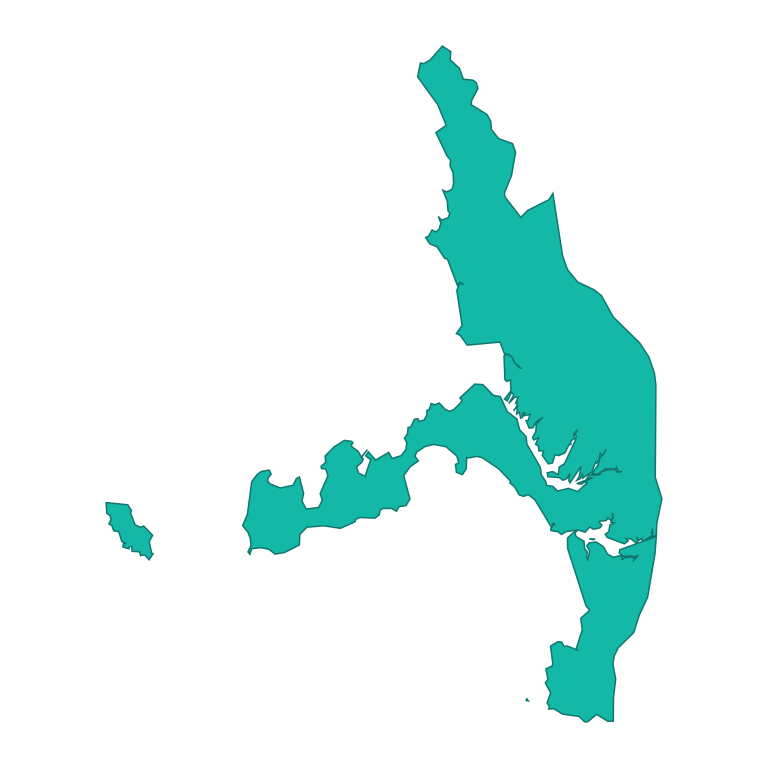 Hibiscus and Bays Local Board Area, Auckland, New Zealand, rotated 180°
{"feature_id": "76426892B59525679970548", "entity_name": "Hibiscus and Bays Local Board Area", "entity_type": "district", "adm_level": 2, "iso_a3": "NZL", "parent_name": "New Zealand", "parent_adm1": "Auckland", "projection": "equal_earth", "projection_center": [174.744, -36.648], "detail": "fine", "context": "isolated", "style": "filled", "palette": "teal", "viewbox_px": 768, "rotation_deg": 180, "n_neighbors": 0, "source": "geoboundaries", "source_scale": "gbopen_adm2", "svg_char_len": 6141}
<svg xmlns="http://www.w3.org/2000/svg" viewBox="0 0 768 768"><g transform="rotate(180 384 384)"><path d="M111.7,231.5L148.2,218.2L148.8,215.0L144.5,211.6L135.6,212.0L133.4,210.9L131.7,212.0L129.6,212.7L134.3,207.7L133.9,210.0L135.8,211.0L142.6,210.6L146.5,208.2L145.0,210.2L147.9,212.3L154.6,210.8L160.5,213.9L164.5,221.2L171.7,226.0L178.9,225.1L181.2,222.2L178.3,217.0L180.3,208.3L181.5,210.2L180.6,216.3L183.4,219.2L184.0,226.8L191.8,231.3L193.2,235.0L190.0,238.0L182.9,235.8L178.1,241.1L174.7,238.7L168.0,240.2L166.1,242.8L168.7,245.9L168.3,246.8L162.2,247.4L159.9,249.1L160.5,250.8L157.4,247.8L155.2,250.1L155.6,251.9L155.6,255.3L154.7,250.2L157.1,245.5L152.5,245.4L158.1,243.0L159.2,236.2L162.7,233.8L160.9,230.6L143.6,224.2L139.8,227.1L142.0,229.7L136.7,228.9L132.0,225.0L130.0,226.9L131.0,230.0L128.6,227.9L125.5,230.0L126.8,228.6L124.7,227.2L116.8,231.8L115.6,234.2L116.5,235.6L115.9,237.8L115.6,238.2L115.1,234.2L116.8,230.9L111.7,232.6L111.2,244.8L106.1,269.3L112.7,290.5L112.1,382.7L113.6,395.0L119.1,410.9L128.4,425.2L154.7,450.9L166.6,472.4L173.8,478.1L190.4,486.0L200.4,498.2L205.4,512.1L215.1,574.6L218.9,568.4L240.1,557.7L247.3,550.7L263.1,571.2L263.5,575.1L256.5,592.4L252.4,615.9L255.5,624.4L269.3,629.3L276.7,638.6L277.2,646.5L281.0,653.5L296.7,663.2L296.4,667.5L290.0,679.6L291.8,685.3L295.0,687.8L304.7,688.8L308.5,699.6L317.9,708.3L317.2,716.3L325.6,721.9L338.0,707.9L344.2,704.4L347.6,705.0L350.4,691.2L330.3,663.4L321.8,642.7L332.1,635.4L320.7,611.6L317.5,608.0L317.9,602.0L314.9,595.1L314.4,584.2L316.0,578.6L321.5,576.1L325.2,577.8L320.7,567.0L320.0,557.1L318.1,554.9L319.9,550.2L326.4,547.9L329.6,551.4L327.2,545.2L328.7,539.1L331.9,536.1L336.0,538.0L339.4,531.7L342.4,530.6L338.4,524.3L330.8,521.0L323.4,509.7L320.6,509.0L310.7,482.8L308.0,485.8L304.5,483.5L308.4,484.9L311.2,477.6L305.9,442.6L311.6,434.4L307.7,432.6L300.8,422.9L268.0,425.9L263.3,413.5L261.0,414.1L259.7,413.6L257.9,412.3L256.5,411.7L252.5,404.2L249.3,402.3L248.5,400.5L246.1,399.3L248.9,400.5L252.8,404.3L256.6,411.6L261.0,413.8L264.0,412.2L263.1,388.4L261.3,386.7L257.6,387.9L257.0,377.3L263.5,368.9L260.6,367.1L256.7,375.4L254.7,374.1L254.8,371.8L259.2,364.6L253.4,370.7L249.9,371.1L252.2,365.1L250.9,366.0L250.9,362.4L254.5,356.9L250.6,361.9L251.2,354.0L248.7,356.0L247.3,349.8L245.4,350.9L245.2,355.1L243.1,355.1L244.2,352.2L238.0,353.6L239.8,347.6L241.9,347.4L238.9,340.0L235.2,340.1L231.4,346.4L225.0,351.0L231.7,343.9L232.2,336.3L235.5,330.4L234.2,328.0L229.4,330.3L232.4,323.8L229.4,321.7L229.2,317.2L224.3,317.1L225.8,312.7L219.6,304.1L215.5,305.0L212.9,313.3L209.2,312.4L203.1,315.1L198.9,323.4L197.1,323.6L197.3,327.0L193.6,329.3L194.4,333.5L193.4,335.4L190.3,338.3L193.5,333.5L191.8,332.3L192.4,328.2L203.6,304.2L208.6,301.2L209.8,293.3L215.2,296.4L220.7,295.2L220.1,291.3L208.5,290.4L205.1,287.7L200.9,289.5L198.2,294.5L199.2,287.5L198.0,285.2L186.9,301.7L188.9,291.1L191.2,287.7L187.4,289.5L186.8,291.8L185.6,295.0L185.3,289.9L176.0,296.2L172.5,305.9L171.4,304.7L169.0,308.4L167.7,314.4L165.8,312.6L161.7,318.6L164.4,314.0L165.9,312.2L167.6,311.5L169.7,303.6L175.9,294.3L170.2,293.8L162.5,299.0L151.8,299.2L151.5,300.7L149.8,296.1L145.9,296.7L150.5,295.5L153.0,298.6L160.1,298.2L166.3,296.4L168.6,292.9L178.9,292.9L182.3,287.8L191.2,284.3L186.1,284.0L178.7,290.2L176.1,290.1L183.3,286.0L180.9,285.2L190.2,276.5L199.5,279.6L210.5,277.0L215.1,281.6L221.7,282.7L222.1,286.3L226.7,293.1L227.6,300.5L241.1,323.9L241.8,331.1L248.4,338.4L251.1,349.0L260.7,356.4L267.7,371.5L274.4,372.5L285.2,383.4L293.3,383.9L308.1,370.0L306.1,368.0L307.2,365.3L314.1,358.6L318.1,356.7L322.5,358.3L328.8,365.0L333.3,363.2L336.8,364.5L338.7,358.4L341.1,357.5L341.1,353.0L344.0,347.9L348.9,346.6L350.2,349.4L353.6,348.7L357.4,340.7L359.9,340.6L360.5,334.1L363.6,329.8L361.3,325.6L361.9,318.7L366.8,312.4L375.9,309.5L379.3,315.6L392.3,307.9L399.6,316.1L402.3,312.2L397.3,308.3L403.0,291.7L409.4,294.9L411.6,301.1L406.4,305.4L404.8,309.1L406.6,310.3L400.6,318.4L406.6,310.9L409.9,316.8L415.8,321.0L416.8,323.1L415.0,325.1L416.7,326.7L423.5,327.6L433.7,321.3L442.9,312.0L442.3,305.7L446.8,301.7L446.6,299.6L442.2,298.9L440.1,292.3L447.8,274.4L445.7,267.8L449.4,260.5L462.0,259.0L466.0,267.1L464.4,274.6L468.6,291.0L471.8,289.2L474.9,282.7L487.7,280.0L498.1,284.2L500.2,286.9L500.2,289.5L496.8,294.0L498.9,297.9L506.5,296.6L510.7,293.7L516.3,286.2L520.6,253.6L525.4,242.3L520.3,236.2L517.6,229.5L517.0,222.3L520.0,216.1L518.1,213.7L516.3,219.3L507.4,220.3L499.1,218.8L492.9,213.9L483.7,215.4L468.7,223.0L468.1,233.7L461.1,240.8L444.3,242.2L427.6,239.7L413.1,246.1L412.1,248.8L408.2,250.5L392.9,249.9L388.7,253.2L387.9,257.7L385.5,259.5L376.2,259.6L371.7,256.7L368.8,261.4L362.0,262.4L358.0,269.0L364.3,292.3L357.8,301.4L349.7,306.9L353.0,311.9L351.4,316.0L342.9,321.5L334.2,323.5L322.0,321.3L311.2,312.0L309.2,305.0L312.5,303.6L311.6,295.7L305.5,293.4L301.7,299.5L301.3,311.5L301.1,309.8L290.9,311.6L285.8,310.3L269.2,299.2L257.4,286.7L258.1,285.0L253.5,281.4L248.8,273.2L244.5,271.6L239.8,273.4L233.1,268.2L216.9,241.4L215.9,241.2L215.2,244.2L213.7,244.7L213.5,243.2L214.8,244.2L215.7,241.3L217.0,240.2L217.1,237.5L209.8,236.2L206.6,233.5L201.7,236.4L191.8,237.9L200.5,230.0L200.4,219.7L182.0,162.2L178.3,157.8L187.3,149.6L185.7,138.2L191.7,119.6L190.8,118.0L200.8,122.0L203.9,121.4L206.3,126.0L210.1,126.3L217.5,122.0L215.2,104.4L215.9,101.9L222.1,99.3L220.1,88.7L222.7,85.0L217.3,75.1L220.9,65.3L218.6,61.0L219.3,59.0L214.0,59.2L205.3,53.8L189.0,51.6L183.3,46.1L180.2,46.3L171.4,53.6L160.4,46.8L154.7,46.9L154.5,70.3L152.3,88.9L155.1,104.0L153.7,112.4L149.7,120.3L134.3,135.4L128.6,153.1L120.4,170.7L113.0,214.3L111.7,231.5ZM623.4,213.2L618.8,208.2L615.0,214.4L616.3,214.6L618.8,226.4L615.4,232.7L624.3,242.0L627.7,240.6L632.9,243.3L637.4,254.7L636.6,257.4L640.2,263.2L661.9,265.4L661.2,254.7L658.0,252.5L657.0,248.4L659.1,244.1L656.1,242.4L654.3,237.2L649.3,236.4L646.2,226.5L642.9,224.8L644.6,224.3L645.1,221.0L639.0,219.2L638.7,221.3L636.1,221.6L636.0,216.7L628.4,216.2L627.4,212.4L623.4,213.2ZM178.7,229.2L174.5,228.2L172.8,228.9L178.7,229.2ZM241.2,69.2L241.9,67.6L239.7,67.2L241.2,69.2Z" fill="#14b8a6" stroke="#0f766e" stroke-width="1.5"/></g></svg>